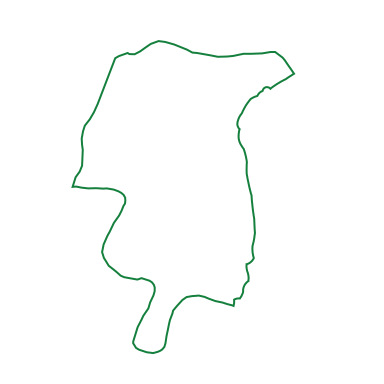 the district of Banha, Al Qalyubiyah, Egypt, rotated 172°
{"feature_id": "37247803B4989882956634", "entity_name": "Banha", "entity_type": "district", "adm_level": 2, "iso_a3": "EGY", "parent_name": "Egypt", "parent_adm1": "Al Qalyubiyah", "projection": "orthographic", "projection_center": [31.184, 30.466], "detail": "fine", "context": "isolated", "style": "outline", "palette": "green", "viewbox_px": 384, "rotation_deg": 172, "n_neighbors": 0, "source": "geoboundaries", "source_scale": "gbopen_adm2", "svg_char_len": 5132}
<svg xmlns="http://www.w3.org/2000/svg" viewBox="0 0 384 384"><g transform="rotate(172 192 192)"><path d="M74.5,294.9L76.8,299.6L79.0,303.9L81.8,309.6L83.6,312.5L90.2,319.1L94.8,319.7L103.2,319.5L114.9,320.7L121.6,321.7L132.3,321.0L136.9,321.2L138.7,321.3L147.6,322.3L155.7,325.1L157.3,325.6L159.1,326.2L167.8,329.0L172.2,330.0L177.2,333.7L182.6,336.8L189.2,340.6L197.6,344.3L204.1,346.1L212.2,344.4L218.4,341.3L223.7,338.5L229.6,336.4L234.8,337.3L236.4,338.6L245.3,336.8L249.4,335.2L273.2,292.2L278.1,284.5L280.9,281.0L283.0,278.3L288.9,272.6L291.5,267.2L293.8,260.2L294.3,253.9L294.3,248.9L297.2,233.3L300.4,227.8L305.2,222.8L309.5,213.7L306.0,213.5L300.8,211.7L294.2,210.0L290.6,209.6L286.3,209.1L279.4,207.7L275.8,207.4L269.2,205.3L264.7,202.9L262.1,200.9L260.1,198.6L259.0,195.7L259.2,192.8L260.0,189.8L261.7,187.9L264.2,183.5L267.4,178.9L270.8,175.3L273.7,172.2L279.1,164.0L281.7,160.6L283.1,158.4L283.4,157.9L283.7,157.4L286.8,152.4L289.4,145.0L288.4,138.9L287.3,136.5L284.7,130.5L280.8,126.5L277.5,122.9L274.3,119.1L271.1,117.1L269.0,116.4L258.3,112.9L254.0,113.7L249.8,111.7L246.3,110.0L244.2,108.1L242.7,105.4L242.2,102.7L242.8,98.9L244.6,94.9L248.8,88.5L251.4,82.8L257.5,76.1L259.9,72.4L264.7,65.6L267.6,59.4L270.1,54.1L271.0,52.1L271.3,50.4L269.1,45.4L266.4,43.2L259.1,39.6L252.9,37.9L248.0,38.5L245.3,39.3L243.3,40.3L240.9,42.5L239.3,46.0L237.3,52.8L235.4,58.0L233.3,64.0L231.7,68.2L228.3,74.4L227.2,77.2L224.9,79.3L222.3,81.6L216.5,86.4L212.0,88.7L206.5,88.9L202.0,88.6L199.7,88.5L194.2,86.4L190.0,83.9L183.9,80.7L177.2,78.3L172.7,76.1L168.3,74.3L166.7,73.4L166.5,74.0L166.2,74.8L165.9,75.6L165.7,76.4L165.6,77.3L165.5,77.7L165.4,78.1L165.4,79.0L165.3,79.5L165.2,79.6L164.5,79.8L163.9,80.0L163.2,80.1L162.6,80.2L161.9,80.2L161.3,80.2L160.6,80.1L160.3,80.1L160.0,80.0L159.4,79.9L159.2,80.2L158.5,80.9L158.2,81.3L157.9,81.6L157.3,82.4L157.1,82.8L156.8,83.2L156.3,84.0L156.1,84.4L155.8,84.8L155.4,85.7L155.3,86.1L155.2,86.6L155.1,87.3L155.0,88.0L154.8,88.7L154.6,89.4L154.3,90.1L154.0,90.7L153.6,91.4L153.2,92.0L152.8,92.6L152.4,93.1L151.9,93.6L151.3,94.1L150.8,94.6L150.2,95.0L149.9,95.2L149.6,95.4L149.0,95.8L148.8,95.9L148.5,96.0L148.4,96.6L148.3,97.1L148.1,98.0L147.9,98.9L147.8,99.8L147.8,100.8L147.8,101.2L147.8,101.7L147.8,102.6L147.9,103.1L147.9,103.5L148.0,104.3L148.1,104.7L148.3,105.6L148.4,106.5L148.4,106.9L148.5,107.4L148.5,108.3L148.5,108.7L148.5,109.2L148.5,110.1L148.4,110.5L148.4,111.0L148.2,111.8L148.0,112.7L148.0,112.9L147.4,112.9L146.7,113.1L146.3,113.2L146.0,113.3L145.4,113.5L144.7,113.8L144.4,114.0L144.1,114.1L143.5,114.5L143.2,114.7L142.9,114.9L142.3,115.3L141.8,115.8L141.3,116.3L140.8,116.9L140.3,117.4L140.0,118.0L140.1,119.1L140.3,120.2L140.3,120.8L140.3,121.4L140.4,122.6L140.4,123.2L140.4,123.8L140.3,124.9L140.3,125.5L140.2,126.1L140.1,127.3L140.0,127.9L139.9,128.4L139.7,129.6L139.6,129.8L139.6,130.0L138.9,131.8L138.2,133.5L137.5,135.4L136.9,137.2L136.4,139.0L135.9,140.9L135.5,142.1L135.4,142.7L135.3,143.2L135.3,143.6L135.1,146.7L134.8,149.9L134.5,153.0L134.2,156.2L134.2,156.6L134.1,157.0L134.2,159.6L134.2,162.7L134.2,165.8L134.1,168.9L134.0,172.0L133.9,175.1L133.7,178.2L133.5,180.1L133.9,182.7L134.2,185.5L134.5,188.4L134.7,191.3L134.9,194.2L135.1,197.1L135.2,200.0L135.3,202.5L135.1,204.1L134.9,206.0L134.6,207.9L134.3,209.8L134.0,211.6L133.6,213.5L133.5,213.9L133.5,214.1L133.5,216.0L133.6,217.3L133.6,217.6L133.6,217.8L133.7,219.7L133.9,221.5L134.1,223.4L134.4,225.2L134.7,227.0L134.7,227.3L135.4,228.5L136.3,230.4L137.1,232.2L137.4,233.0L137.6,233.8L137.9,234.6L137.9,235.1L138.0,235.5L138.2,236.3L138.2,236.8L138.2,237.2L138.3,238.1L138.3,238.5L138.3,238.9L138.2,239.8L138.2,240.2L138.1,240.6L138.0,241.5L137.9,241.6L137.9,241.8L137.8,242.3L137.6,243.2L137.5,243.7L137.4,244.1L137.1,245.0L137.0,245.5L136.8,245.9L136.5,246.8L136.1,247.6L136.3,247.8L136.6,248.2L136.6,248.3L136.9,248.8L137.1,249.3L137.2,249.6L137.3,249.9L137.5,250.5L137.6,251.0L137.7,251.6L137.7,252.2L137.7,252.8L137.5,253.6L137.3,254.5L137.1,254.9L137.0,255.4L136.6,256.2L136.4,256.7L136.2,257.1L135.8,257.9L135.5,258.3L135.3,258.7L134.8,259.5L134.5,259.9L134.2,260.2L133.7,261.0L133.3,261.3L133.0,261.7L132.4,262.3L131.7,263.0L131.2,263.7L130.4,265.1L129.5,266.3L128.6,267.6L127.6,268.9L126.7,270.1L125.6,271.3L124.6,272.4L123.5,273.5L122.4,274.6L121.2,275.7L120.9,276.0L120.4,276.2L119.4,276.6L118.9,276.8L118.4,277.0L117.4,277.3L116.9,277.5L116.3,277.6L115.3,277.8L114.3,278.0L113.9,278.1L113.7,278.3L113.4,278.7L113.3,278.9L112.9,279.4L112.5,279.8L112.0,280.3L111.5,280.7L110.9,281.1L110.3,281.4L110.1,281.5L109.8,281.7L109.6,281.8L109.2,281.9L108.5,282.1L107.9,282.4L107.8,282.8L107.6,283.2L107.4,283.5L107.1,283.9L106.8,284.2L106.5,284.5L106.1,284.8L105.7,285.0L105.3,285.2L104.9,285.3L104.5,285.4L104.1,285.5L103.6,285.5L103.2,285.4L102.7,285.3L102.3,285.2L101.9,285.0L101.5,284.8L101.1,284.6L100.8,284.3L100.5,284.0L100.3,283.7L100.0,283.3L99.3,283.8L97.7,284.7L96.1,285.5L94.5,286.3L92.8,287.1L91.2,287.8L89.5,288.5L87.8,289.2L86.1,289.8L84.4,290.4L84.0,290.5L83.6,290.6L81.7,291.6L79.6,292.6L77.6,293.5L75.5,294.5L75.0,294.7L74.5,294.9Z" fill="none" stroke="#15803d" stroke-width="2"/></g></svg>